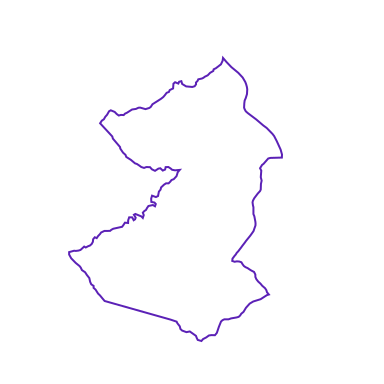 outline of Paranaiguara, Goiás, Brazil, rotated 294°
{"feature_id": "56859067B61489046930449", "entity_name": "Paranaiguara", "entity_type": "district", "adm_level": 2, "iso_a3": "BRA", "parent_name": "Brazil", "parent_adm1": "Goiás", "projection": "mercator", "projection_center": [-50.615, -18.805], "detail": "fine", "context": "isolated", "style": "outline", "palette": "violet", "viewbox_px": 384, "rotation_deg": 294, "n_neighbors": 0, "source": "geoboundaries", "source_scale": "gbopen_adm2", "svg_char_len": 3530}
<svg xmlns="http://www.w3.org/2000/svg" viewBox="0 0 384 384"><g transform="rotate(294 192 192)"><path d="M327.1,165.8L324.3,166.6L320.4,166.5L314.8,163.5L312.9,161.9L311.2,162.2L308.3,160.1L305.0,158.9L302.5,156.8L301.0,156.0L299.7,154.9L297.5,151.9L295.8,151.9L293.6,151.1L292.0,151.9L289.7,151.4L288.1,149.6L286.1,143.7L286.7,139.1L288.9,137.2L287.5,135.4L285.5,135.4L285.4,131.9L283.4,131.0L278.9,132.6L276.1,130.2L274.0,130.2L272.3,128.5L269.3,127.8L267.0,127.1L264.4,125.7L256.1,120.2L252.9,119.7L251.4,118.8L248.8,115.8L248.0,110.3L247.2,108.8L245.1,107.0L243.0,103.7L237.9,100.3L236.3,98.9L234.5,98.3L233.5,95.7L232.1,94.0L232.6,91.5L233.7,88.8L233.6,84.6L232.0,83.4L228.0,83.0L225.5,82.2L222.6,81.9L220.5,80.6L217.4,80.1L210.3,96.6L208.6,98.0L203.8,108.0L202.5,108.8L201.2,110.9L199.9,113.0L198.9,116.1L197.3,117.7L196.5,123.1L195.0,128.3L195.2,130.3L194.8,132.7L194.2,135.5L194.5,138.4L196.2,140.1L197.6,143.5L196.4,146.2L196.3,149.6L199.7,151.8L200.8,153.4L199.7,156.6L201.6,158.3L204.0,157.8L205.2,160.2L204.8,162.9L204.2,164.8L204.9,167.7L205.8,169.3L207.2,171.8L204.2,170.9L202.4,171.2L200.1,171.4L196.3,170.1L194.6,168.4L192.8,168.0L190.4,167.1L189.4,164.8L187.4,163.5L183.6,161.9L181.4,162.3L178.9,161.6L174.5,162.6L172.7,161.1L172.4,157.0L169.3,157.4L166.4,158.9L167.1,162.0L166.3,163.8L163.9,164.0L164.2,161.6L161.5,157.9L158.9,157.4L157.0,157.3L155.0,156.1L153.1,155.5L151.3,157.3L148.3,157.6L149.1,155.7L149.0,152.5L148.9,149.2L147.6,148.2L145.6,151.0L143.9,151.1L142.5,150.2L144.5,147.7L143.3,144.9L140.2,145.2L137.7,146.2L136.7,143.2L134.0,142.8L131.8,142.3L129.5,139.2L126.4,135.0L124.7,133.7L123.2,133.0L122.2,130.9L120.8,127.8L118.0,125.4L116.3,125.1L113.5,124.1L111.1,123.7L111.1,121.6L108.6,120.9L106.2,121.7L103.7,121.5L101.5,120.5L100.4,119.3L98.1,117.5L98.3,115.7L96.2,114.8L93.7,113.7L92.3,112.1L90.9,109.8L90.4,108.2L87.1,104.2L84.9,105.2L82.3,108.6L79.9,114.6L78.6,119.4L77.7,121.1L75.9,123.2L75.2,127.0L73.5,129.6L71.6,133.2L68.5,135.5L66.7,137.5L66.2,140.3L64.4,141.1L63.6,143.6L61.0,147.5L60.1,150.0L58.4,153.4L56.9,156.5L66.7,224.3L67.3,230.7L66.1,232.1L64.3,235.5L62.2,237.1L61.4,239.3L61.7,243.9L63.7,246.7L62.2,254.1L60.5,255.8L59.2,257.4L59.7,261.2L62.1,261.9L65.0,264.2L67.8,265.8L69.2,268.0L70.5,271.2L73.4,272.0L79.8,271.4L85.5,271.2L87.3,272.0L88.8,273.3L90.5,277.1L92.4,279.1L95.5,283.7L96.9,285.4L98.7,286.2L100.8,286.5L103.4,287.8L108.2,288.4L113.5,290.1L116.9,292.5L122.0,298.3L128.3,302.4L129.6,303.9L130.9,301.3L132.6,299.8L133.8,297.9L134.3,296.3L134.9,294.3L136.1,291.9L137.1,288.9L138.5,286.3L140.1,284.5L142.4,283.4L144.2,281.2L144.4,278.0L144.7,275.9L145.1,273.7L145.1,271.5L145.5,269.5L146.5,267.7L147.9,265.7L147.7,263.4L146.9,261.2L145.6,259.3L145.4,256.8L147.6,256.1L151.1,256.9L152.7,257.4L154.5,257.6L156.8,258.4L158.6,258.8L161.0,259.4L163.4,259.9L165.4,260.4L167.5,260.9L169.1,261.2L175.8,263.0L178.7,263.6L181.3,264.1L184.6,263.8L187.2,263.6L189.0,262.9L190.6,262.0L195.2,258.8L196.8,257.1L203.1,254.3L204.6,253.1L207.2,251.5L208.9,251.2L211.7,251.4L217.3,252.7L220.6,253.8L222.2,253.8L227.4,251.7L230.7,251.0L233.5,248.8L239.7,246.6L241.4,244.5L245.2,245.0L246.8,245.9L253.6,248.0L255.0,249.7L260.0,260.1L262.8,259.0L266.8,255.7L272.9,248.8L276.5,244.3L277.8,241.9L280.9,234.1L281.8,230.0L284.4,221.2L286.8,210.8L287.6,208.3L289.0,206.5L290.2,205.3L294.3,203.7L297.0,202.9L299.6,202.9L303.8,202.4L308.3,200.7L310.3,199.4L312.5,197.6L314.2,195.9L317.2,191.7L319.7,185.8L322.1,177.2L324.8,170.6L327.1,165.8Z" fill="none" stroke="#5b21b6" stroke-width="2"/></g></svg>